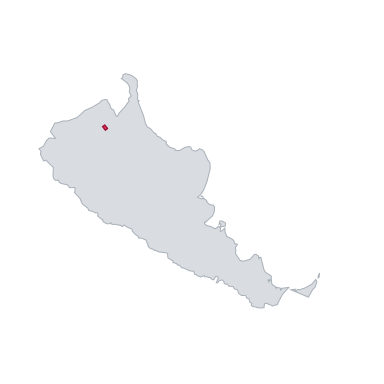 Comandante Fernández, Chaco, Argentina (highlighted), rotated 300°
{"feature_id": "61730980B26046188382184", "entity_name": "Comandante Fernández", "entity_type": "district", "adm_level": 2, "iso_a3": "ARG", "parent_name": "Argentina", "parent_adm1": "Chaco", "projection": "orthographic", "projection_center": [-60.45, -26.787], "detail": "fine", "context": "in_parent", "style": "filled", "palette": "rose", "viewbox_px": 384, "rotation_deg": 300, "n_neighbors": 0, "source": "geoboundaries", "source_scale": "gbopen_adm2", "svg_char_len": 4092}
<svg xmlns="http://www.w3.org/2000/svg" viewBox="0 0 384 384"><g transform="rotate(300 192 192)"><path d="M228.0,117.5L225.8,121.3L226.2,123.9L224.1,129.9L224.6,131.2L222.9,134.0L223.4,137.2L222.5,140.2L222.8,144.0L222.2,145.1L220.7,145.4L219.7,150.6L220.8,155.7L219.7,156.7L221.6,160.4L227.3,163.7L230.1,167.1L230.2,168.4L228.6,170.4L228.4,172.1L229.2,174.5L230.6,175.9L233.3,176.9L233.6,180.2L233.0,182.3L227.7,189.6L226.4,192.8L221.5,196.0L209.1,199.6L199.5,201.1L194.0,200.8L190.3,199.4L190.7,203.5L192.5,204.7L191.6,204.8L192.3,205.6L192.0,209.0L190.9,209.6L190.1,212.5L190.2,214.9L191.3,216.9L190.3,219.0L186.2,221.1L181.5,221.7L172.4,218.7L172.7,218.2L172.2,218.0L170.8,218.7L170.3,221.5L171.6,225.8L171.5,229.5L172.1,230.7L175.3,232.0L175.2,233.5L176.2,233.7L178.5,233.2L178.7,232.0L177.5,231.6L180.6,230.6L181.8,232.1L182.0,235.9L181.5,236.9L179.2,237.7L178.5,237.5L177.0,234.9L175.8,234.4L172.5,235.9L172.1,236.8L177.2,238.6L173.7,240.7L171.0,244.4L171.3,250.9L170.7,252.7L168.9,254.5L168.6,255.7L169.4,256.4L169.2,257.6L165.4,257.4L162.9,259.5L160.5,260.3L156.8,267.8L157.8,271.3L163.0,276.1L169.1,277.2L170.0,278.8L169.9,280.9L169.3,282.1L167.2,283.3L169.0,283.2L169.9,284.2L160.2,293.7L159.1,296.4L159.1,301.9L158.4,303.0L156.4,304.2L154.8,303.2L153.5,301.3L153.7,302.9L151.9,303.6L154.2,303.5L155.4,304.8L152.5,306.9L151.8,308.8L151.8,311.2L150.7,312.8L151.6,312.4L153.1,317.2L150.7,317.7L153.8,318.3L157.8,323.5L157.6,323.9L157.4,323.4L148.3,321.5L136.6,322.1L136.5,321.4L133.4,318.7L133.6,316.6L132.9,314.8L133.2,313.2L132.4,311.2L131.3,310.7L127.7,312.2L124.6,307.0L124.2,304.1L123.2,302.3L123.5,299.9L125.5,299.6L125.6,297.0L127.9,294.8L127.5,292.3L128.9,290.8L129.0,289.6L127.1,286.6L127.6,283.1L130.0,280.2L129.3,276.9L130.6,275.1L128.8,270.8L130.1,268.8L129.2,267.8L128.8,265.5L130.3,264.7L131.0,262.1L129.0,260.0L126.0,259.5L125.6,258.4L131.0,257.8L131.4,255.9L130.9,254.8L126.7,254.7L126.4,252.1L127.1,250.4L126.1,248.9L126.2,247.4L124.8,245.3L125.7,244.2L122.7,242.1L122.1,238.3L122.6,237.3L122.0,235.3L124.2,233.2L122.6,229.6L121.9,222.6L121.2,220.8L122.4,217.7L121.4,215.9L122.3,214.4L121.4,210.8L122.7,210.4L122.9,204.1L126.0,201.9L126.6,200.6L123.4,192.9L123.3,189.9L122.6,188.6L123.0,186.8L122.2,184.3L122.9,181.2L125.1,179.7L125.2,178.7L127.4,176.4L126.8,171.3L125.4,168.8L126.6,167.7L127.0,163.7L128.5,159.5L129.9,158.6L129.2,154.0L129.4,149.7L127.2,149.0L127.4,146.0L126.6,145.3L125.9,142.1L124.2,139.4L124.0,138.1L124.8,137.3L123.1,136.3L121.8,133.8L121.8,131.4L121.9,129.7L123.5,128.4L123.1,127.2L124.1,122.2L125.9,121.8L126.6,120.0L125.6,119.1L125.6,116.1L124.4,111.9L125.9,109.7L126.8,103.0L130.5,98.0L132.8,90.4L134.9,90.1L137.2,88.4L134.5,83.7L135.9,80.6L133.9,74.3L134.2,71.8L135.5,70.4L133.8,68.0L134.2,66.0L136.3,63.6L143.9,59.7L146.5,49.6L144.7,48.0L148.8,41.9L151.8,40.8L153.0,37.8L157.1,40.4L164.0,40.3L167.4,41.3L170.1,47.0L173.5,39.2L183.1,38.7L185.1,41.5L188.8,44.5L191.3,48.7L199.3,55.4L209.3,58.6L215.5,63.2L222.6,67.1L226.1,68.0L228.8,70.7L229.4,72.7L227.8,74.3L226.6,77.2L224.6,78.9L223.8,80.8L223.8,83.2L220.1,87.9L220.2,89.7L223.9,89.4L232.9,91.5L237.2,91.6L238.6,92.4L241.0,90.3L244.8,91.3L247.4,87.5L249.9,86.8L252.7,84.3L254.1,81.0L255.0,74.0L256.4,74.6L259.0,73.7L261.2,75.2L262.8,81.3L262.1,87.0L260.9,89.2L258.2,90.3L256.6,91.9L252.3,92.9L249.9,95.9L244.4,98.9L244.7,100.6L243.0,100.4L233.8,111.9L228.0,117.5ZM159.1,345.4L156.8,326.6L159.5,330.1L158.4,330.0L158.3,331.8L160.2,332.0L161.3,334.2L165.8,338.1L172.2,341.9L178.1,342.9L176.7,345.0L171.1,346.2L167.6,345.3L159.1,345.4ZM180.6,344.1L182.3,343.3L185.7,343.1L181.3,344.7L180.6,344.1ZM193.5,202.5L193.5,203.3L192.2,202.0L193.5,202.5Z" fill="#d9dde1" stroke="#a8b0b8" stroke-width="1"/><path d="M206.3,83.0L205.6,82.7L204.8,82.4L204.7,82.3L203.9,82.0L203.6,82.9L203.3,83.6L203.2,83.7L203.2,83.8L203.0,84.2L203.0,84.4L202.9,84.5L202.6,85.2L202.6,85.3L202.3,86.0L203.0,86.3L203.9,86.7L204.0,86.7L204.7,87.0L204.8,86.9L205.0,86.3L205.1,86.2L205.3,85.4L205.5,85.1L205.7,84.6L206.0,83.9L206.0,83.7L206.3,83.0L206.3,83.0Z" fill="#f43f5e" stroke="#9f1239" stroke-width="1.5"/></g></svg>